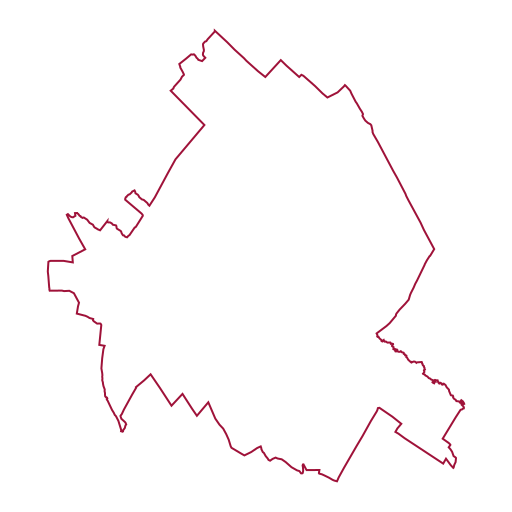 outline of Belcesti, Iasi, Romania
{"feature_id": "2599482B23393445756532", "entity_name": "Belcesti", "entity_type": "district", "adm_level": 2, "iso_a3": "ROU", "parent_name": "Romania", "parent_adm1": "Iasi", "projection": "mercator", "projection_center": [27.109, 47.31], "detail": "fine", "context": "isolated", "style": "outline", "palette": "rose", "viewbox_px": 512, "rotation_deg": 0, "n_neighbors": 0, "source": "geoboundaries", "source_scale": "gbopen_adm2", "svg_char_len": 6014}
<svg xmlns="http://www.w3.org/2000/svg" viewBox="0 0 512 512"><path d="M123.0,431.4L122.9,430.7L123.0,430.5L124.8,428.0L125.5,425.3L126.2,424.5L125.5,422.7L124.8,421.9L121.4,418.8L120.6,416.6L120.5,415.8L121.8,414.1L123.9,409.6L132.2,394.5L136.1,387.8L135.9,387.2L144.2,380.3L150.6,374.3L159.9,387.9L171.5,405.7L182.5,393.9L192.1,408.8L196.9,415.8L208.3,402.3L215.3,418.6L219.5,424.7L223.2,428.6L226.2,434.1L228.7,439.7L230.7,446.3L231.5,447.8L241.9,454.0L244.4,455.4L251.1,452.1L257.2,448.0L260.7,446.4L261.3,448.1L261.4,449.2L262.8,452.1L263.9,452.9L265.7,456.1L267.7,458.5L268.5,459.9L270.1,460.7L272.6,458.9L275.6,457.6L277.6,458.5L281.7,459.3L285.6,462.0L291.5,467.2L297.1,470.4L299.2,471.0L299.6,471.3L301.0,473.3L301.6,473.4L302.4,473.3L302.7,473.0L303.0,471.8L303.2,470.3L302.9,466.8L302.6,465.7L302.9,464.5L303.5,464.4L306.3,469.7L306.7,470.1L319.4,470.0L318.9,473.1L319.2,473.6L321.9,474.3L324.3,475.4L329.0,477.7L332.7,479.9L334.4,480.6L337.0,481.3L338.7,477.4L344.0,467.8L356.6,446.0L362.5,436.1L370.9,421.0L376.7,411.5L377.4,410.0L377.9,408.1L379.4,407.8L392.4,416.7L401.3,423.8L397.4,428.4L395.4,431.9L398.5,433.7L404.6,438.2L443.2,463.6L446.0,458.7L450.7,465.1L453.3,467.9L453.6,467.6L454.3,464.8L455.6,462.1L456.0,458.0L455.4,457.3L453.6,456.1L452.1,451.8L450.4,449.2L448.7,447.3L450.4,444.9L450.3,444.6L449.0,443.2L442.7,438.7L455.7,417.3L460.3,410.2L460.6,409.8L462.3,409.3L462.9,408.6L463.8,408.4L463.9,407.6L463.5,406.5L461.6,404.7L461.5,404.1L462.0,403.9L463.1,404.2L464.2,403.9L464.1,403.4L462.9,401.4L461.3,400.2L460.9,400.8L461.6,402.0L461.7,402.7L461.6,403.1L461.2,403.2L459.9,402.6L459.2,401.5L458.9,401.4L456.4,401.1L455.6,399.7L454.4,399.1L453.3,397.8L453.1,397.4L453.2,396.4L452.8,395.6L451.0,395.3L450.8,395.1L449.1,391.0L448.9,389.6L446.7,387.3L445.5,385.0L443.8,383.7L443.3,383.7L443.0,384.5L442.3,384.7L441.8,384.4L441.2,383.2L440.1,382.7L439.6,383.5L439.3,383.6L438.3,382.5L437.6,380.3L436.1,380.3L435.0,379.9L434.8,380.0L434.6,380.5L435.3,381.3L435.5,381.7L434.7,381.7L434.2,383.3L433.3,383.0L432.5,382.2L433.6,381.1L433.7,380.8L433.5,380.4L431.1,379.5L430.2,378.6L428.8,378.1L427.5,376.6L425.3,375.4L424.9,374.7L423.1,373.9L423.0,373.7L423.6,373.2L423.9,372.4L424.3,372.1L424.3,371.1L423.9,370.4L424.0,370.1L424.9,369.5L424.5,368.7L424.5,367.8L423.9,366.9L424.0,366.2L422.9,365.3L422.6,364.7L422.7,364.2L422.1,363.5L422.0,362.6L421.7,362.0L416.7,362.4L416.4,362.8L415.0,361.7L413.9,361.5L412.5,362.0L411.8,361.9L411.5,362.5L411.0,362.3L408.2,359.7L407.0,357.5L406.3,357.1L406.4,355.6L406.1,355.4L405.1,355.3L404.9,354.4L403.8,353.9L403.8,353.0L403.6,352.7L401.7,352.2L400.8,351.2L399.9,351.8L398.8,351.8L397.8,351.5L397.4,351.1L397.4,350.1L396.8,349.5L396.6,349.6L396.1,351.4L395.5,351.4L395.1,350.7L395.3,349.7L395.2,349.1L394.8,349.0L393.9,349.4L393.4,349.2L393.6,347.2L392.1,346.2L392.0,345.8L393.1,344.3L393.0,343.9L392.4,343.7L390.8,343.8L390.6,342.8L390.3,342.5L387.4,342.6L385.8,341.5L384.9,341.7L383.9,340.6L383.7,340.0L382.9,340.6L382.7,341.4L382.4,341.5L381.5,341.0L381.4,340.0L379.5,338.4L378.5,336.8L377.6,336.9L377.2,336.4L377.4,335.7L377.4,335.1L376.6,333.4L386.5,326.0L389.7,323.1L395.9,315.7L396.0,314.5L396.5,313.5L399.6,309.6L405.1,303.9L408.7,299.7L410.1,294.9L410.9,293.0L413.6,287.7L415.3,283.7L417.0,280.6L424.6,264.9L424.7,264.4L426.9,260.3L429.6,256.1L430.1,255.9L434.2,249.1L423.9,229.9L420.6,222.7L408.4,200.2L406.3,196.1L405.4,193.7L397.0,177.6L393.1,170.7L377.9,142.0L373.3,134.1L372.5,132.0L372.6,131.0L371.3,125.3L370.4,124.2L367.9,122.9L366.1,121.3L365.3,120.6L363.8,118.3L362.4,115.8L363.0,114.1L362.0,112.0L359.8,108.6L356.8,103.3L355.7,101.8L351.4,93.5L350.2,90.7L345.9,86.0L344.9,85.1L343.9,86.4L337.6,92.4L327.4,97.5L322.5,93.4L315.1,86.1L303.4,75.8L301.4,74.8L299.2,77.0L286.4,65.6L280.8,60.1L265.3,77.0L258.0,71.2L246.4,60.8L243.9,58.1L234.6,49.7L227.2,42.2L214.8,30.7L214.8,31.1L214.6,31.7L207.7,39.2L206.3,41.2L205.0,41.6L203.2,43.6L203.0,44.5L203.2,46.5L203.9,50.0L203.8,51.3L203.1,52.7L202.9,54.4L203.1,55.3L203.6,56.0L205.3,57.8L202.1,61.1L198.3,59.8L197.7,58.8L196.5,57.7L195.4,55.8L194.1,54.4L193.7,54.3L193.0,54.6L191.1,54.4L186.0,58.7L179.3,64.0L180.3,66.9L180.3,67.6L182.6,71.7L183.9,74.4L183.9,74.9L182.0,76.7L180.5,79.6L174.2,86.6L173.6,87.6L173.4,88.5L170.7,90.7L204.4,125.0L175.5,159.3L167.8,173.2L154.8,197.4L149.4,205.7L148.4,204.8L147.3,203.0L143.7,199.9L141.9,199.4L139.3,197.2L138.5,195.6L137.8,194.7L135.5,193.3L135.1,191.5L134.5,190.4L132.1,191.6L131.7,192.4L129.7,194.3L128.4,194.7L126.8,196.3L126.5,196.9L125.8,197.2L125.2,198.8L125.2,199.7L141.6,213.6L142.7,215.0L142.8,215.8L135.9,226.8L135.3,227.3L134.7,227.5L129.5,235.1L128.4,235.8L127.1,237.3L125.9,237.0L124.9,236.5L124.0,235.4L123.0,235.3L122.7,234.9L121.7,233.3L121.1,231.5L120.6,230.9L117.0,228.7L116.6,228.0L116.4,226.2L116.0,225.4L112.8,224.7L111.8,223.4L110.0,222.4L108.1,222.4L107.2,221.9L107.3,221.1L100.1,230.3L97.5,229.2L96.5,228.4L95.9,228.2L94.9,227.6L94.2,227.0L92.9,224.7L89.6,222.9L87.2,219.7L83.8,217.5L83.3,217.5L82.7,217.9L81.5,217.3L80.7,216.7L80.5,216.1L79.6,215.8L78.3,214.0L77.5,213.5L77.2,213.0L75.0,213.1L75.4,215.8L73.0,217.3L71.6,217.1L70.2,216.4L67.9,214.1L66.8,214.8L68.4,218.3L79.2,238.7L85.2,249.3L72.3,256.0L72.8,262.4L63.8,260.9L50.4,260.9L49.4,261.2L48.4,261.8L47.8,271.6L48.3,275.9L49.2,287.5L49.4,288.2L49.4,289.7L49.7,290.7L61.9,290.6L64.1,291.1L69.3,290.8L73.9,293.2L79.0,302.7L78.0,306.4L76.8,313.6L85.4,315.8L87.6,316.8L89.5,318.0L93.2,319.0L93.0,320.3L93.7,321.2L97.1,323.6L100.1,323.5L100.6,323.7L101.3,325.0L99.3,344.9L104.6,345.8L103.4,349.2L102.2,358.2L101.4,368.4L102.2,373.1L102.4,375.2L102.2,376.9L102.4,377.9L102.4,379.3L102.2,380.0L102.9,382.5L103.0,383.8L103.5,386.2L104.7,389.4L104.6,391.2L105.0,393.1L105.0,394.8L105.2,396.3L106.1,397.4L106.5,397.3L107.0,397.7L107.1,398.2L107.3,398.4L106.8,399.5L107.6,400.6L112.0,409.9L113.8,412.8L114.8,415.0L115.6,415.7L116.2,416.6L118.4,420.9L120.9,429.0L121.2,430.2L121.1,430.9L121.8,430.7L122.3,431.7L123.0,431.4Z" fill="none" stroke="#9f1239" stroke-width="2"/></svg>